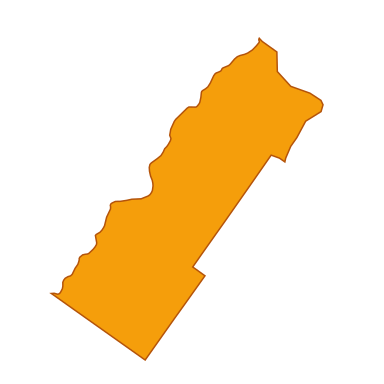 outline of Washington, Minnesota, United States of America, rotated 215°
{"feature_id": "52423323B91557188858785", "entity_name": "Washington", "entity_type": "district", "adm_level": 2, "iso_a3": "USA", "parent_name": "United States of America", "parent_adm1": "Minnesota", "projection": "albers", "projection_center": [-92.811, 45.021], "detail": "fine", "context": "isolated", "style": "filled", "palette": "amber", "viewbox_px": 384, "rotation_deg": 215, "n_neighbors": 0, "source": "geoboundaries", "source_scale": "gbopen_adm2", "svg_char_len": 1866}
<svg xmlns="http://www.w3.org/2000/svg" viewBox="0 0 384 384"><g transform="rotate(215 192 192)"><path d="M134.0,27.5L133.8,78.8L133.6,95.0L133.3,130.8L148.4,131.0L148.4,135.5L148.4,147.0L148.3,170.4L148.2,184.4L148.2,187.4L148.2,212.1L148.2,226.7L148.3,267.6L139.8,269.9L133.2,269.9L134.7,273.6L137.3,286.0L137.3,296.6L139.5,315.2L132.4,331.9L134.7,338.6L138.9,341.0L152.1,340.6L171.7,335.2L191.2,339.6L202.8,355.4L220.8,355.6L225.1,356.5L225.0,355.9L224.5,354.9L223.1,353.8L222.8,353.1L223.1,348.7L224.0,343.0L226.1,337.7L227.9,334.9L230.9,331.4L232.5,328.8L233.4,325.3L234.0,318.5L234.5,316.6L237.8,311.4L238.1,310.4L237.8,308.4L237.9,307.4L239.2,305.2L240.5,303.3L240.9,302.0L240.9,299.6L239.5,291.7L239.3,287.2L240.1,284.3L241.5,281.1L241.7,279.9L241.4,278.9L239.0,274.6L237.2,270.4L236.8,268.8L236.9,265.6L237.2,264.4L237.6,263.7L242.5,260.4L243.3,259.8L243.6,259.1L244.1,257.8L244.9,253.4L247.0,242.2L247.0,239.7L245.4,231.2L242.8,225.7L240.0,223.8L239.5,222.8L239.1,221.4L238.7,217.4L238.7,214.8L239.2,211.8L238.5,208.3L238.3,204.0L239.6,199.4L242.0,192.5L242.2,191.4L242.2,190.3L241.1,187.6L238.7,184.6L235.1,181.3L231.3,178.8L229.0,176.6L227.4,174.6L225.3,170.5L224.9,168.4L224.9,165.8L225.3,164.5L225.8,163.3L229.4,157.8L229.5,157.6L229.7,157.3L237.1,151.6L240.7,147.7L245.4,143.2L248.6,140.9L249.4,140.2L251.2,137.1L251.6,135.8L251.6,135.3L251.2,134.1L250.2,133.2L249.0,131.3L247.5,122.4L244.3,114.2L244.0,112.0L243.9,109.0L244.3,106.2L246.1,102.3L246.2,101.0L240.9,95.7L240.1,94.1L239.9,91.3L240.1,88.4L241.3,82.5L242.1,81.2L243.8,79.7L245.5,77.8L246.5,74.3L246.3,72.9L245.5,71.8L244.8,70.0L244.0,67.2L244.0,62.6L242.9,55.8L243.4,53.6L245.0,51.6L246.4,48.6L246.5,46.1L246.0,43.9L243.8,40.8L242.7,38.4L242.2,34.8L242.2,33.5L242.5,32.3L243.5,31.2L246.8,30.0L249.0,28.2L219.9,28.0L134.0,27.5Z" fill="#f59e0b" stroke="#b45309" stroke-width="1.5"/></g></svg>